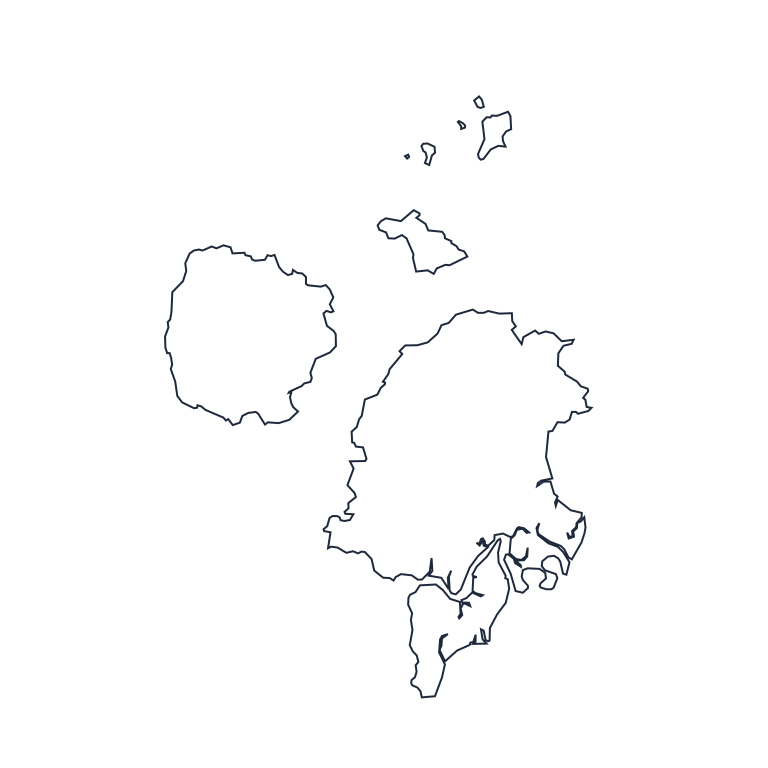 Amapala, Valle, Honduras, rotated 101°
{"feature_id": "27666195B15608241098476", "entity_name": "Amapala", "entity_type": "district", "adm_level": 2, "iso_a3": "HND", "parent_name": "Honduras", "parent_adm1": "Valle", "projection": "mercator", "projection_center": [-87.621, 13.313], "detail": "fine", "context": "isolated", "style": "outline", "palette": "slate", "viewbox_px": 768, "rotation_deg": 101, "n_neighbors": 0, "source": "geoboundaries", "source_scale": "gbopen_adm2", "svg_char_len": 6163}
<svg xmlns="http://www.w3.org/2000/svg" viewBox="0 0 768 768"><g transform="rotate(101 384 384)"><path d="M569.0,358.0L574.3,347.9L573.4,341.4L575.1,337.1L571.3,335.7L567.4,331.1L566.5,320.2L569.6,313.6L568.7,309.4L559.5,303.3L545.8,304.1L558.3,300.9L563.6,303.5L563.3,290.7L573.0,281.4L562.0,284.4L554.4,282.4L560.9,283.5L574.0,280.2L576.5,277.9L576.8,273.4L571.1,269.4L547.9,264.9L534.8,258.8L524.4,250.9L523.6,255.4L518.5,257.0L524.3,259.3L522.2,262.9L522.8,260.0L517.8,259.2L516.7,257.6L519.4,254.9L522.3,254.3L522.8,250.9L516.3,246.0L511.2,246.5L508.1,238.6L510.2,230.5L508.4,228.1L500.5,226.0L498.8,224.5L498.9,219.0L502.0,213.3L502.9,215.6L499.6,220.3L501.7,225.7L507.6,226.9L511.8,230.0L526.2,228.5L530.6,221.1L530.5,215.5L526.0,211.8L517.2,211.7L525.9,210.5L530.2,212.9L532.3,221.3L535.6,215.3L537.3,214.7L534.8,221.1L530.8,223.2L527.5,229.7L528.2,231.8L533.6,232.6L546.0,223.5L562.1,215.3L562.4,207.9L556.8,203.7L554.5,204.3L549.9,210.3L546.6,212.1L540.2,212.2L537.5,207.8L535.8,196.0L538.6,189.7L544.0,187.9L549.8,192.3L552.6,192.7L553.9,191.3L554.5,185.2L553.5,180.5L551.5,178.6L541.5,176.8L537.8,179.0L536.1,190.5L532.7,194.4L527.8,194.8L522.1,190.1L520.2,184.3L521.9,179.7L524.7,177.1L536.0,172.1L536.4,168.6L523.6,167.9L514.7,176.1L510.7,182.2L509.0,192.2L502.9,204.1L496.4,206.8L490.9,205.0L498.1,205.6L501.8,203.8L507.0,191.5L509.2,179.6L511.8,175.6L519.0,169.8L520.3,166.2L501.9,159.9L492.2,158.7L486.4,158.8L476.6,162.0L481.3,164.5L483.5,167.7L488.6,167.2L492.7,170.1L497.7,168.4L500.4,173.2L494.9,175.9L498.5,172.7L497.7,169.8L492.4,171.3L487.9,168.1L483.8,168.4L477.1,164.6L472.8,165.3L472.3,176.7L464.7,191.3L470.9,192.1L467.8,193.5L461.3,192.1L459.3,196.1L448.0,202.0L449.4,208.7L455.0,214.2L451.8,214.0L448.9,211.3L444.6,200.7L424.9,211.0L399.3,213.5L397.9,209.7L388.4,206.4L387.4,199.2L383.5,195.0L375.6,194.2L374.7,190.4L376.2,187.9L371.5,178.3L367.8,175.8L367.9,180.6L360.9,183.4L359.7,185.9L352.3,182.2L349.8,183.1L348.7,190.4L344.8,195.0L340.1,207.9L337.5,209.0L332.9,216.8L320.6,218.7L312.2,215.1L308.8,207.5L304.4,206.3L308.1,217.7L301.9,227.2L301.6,235.4L305.2,241.6L302.7,245.9L311.4,256.1L318.6,256.5L306.5,268.9L302.3,265.6L297.8,270.1L290.1,272.0L292.9,284.2L292.5,295.8L295.0,299.4L296.2,305.2L294.0,311.0L302.2,326.6L311.7,332.1L315.3,338.8L324.2,341.0L334.8,349.0L339.6,358.7L342.1,370.5L348.8,375.0L351.1,371.8L368.4,381.3L373.6,381.7L382.0,385.5L382.4,383.2L384.1,383.1L388.4,386.4L395.7,388.5L402.9,399.8L419.6,399.8L423.5,401.7L431.4,402.5L437.0,406.7L447.4,404.1L447.5,402.1L450.8,399.6L450.2,392.5L460.9,386.9L463.2,387.8L466.4,402.7L472.8,397.7L490.3,400.6L496.6,392.1L500.3,390.0L507.7,396.3L512.8,395.1L517.1,398.3L518.8,397.2L517.7,389.2L524.0,391.5L526.0,396.6L526.0,400.6L523.3,402.2L522.6,404.9L523.5,409.5L526.0,411.9L534.4,412.6L538.0,415.6L539.8,414.8L539.8,408.2L555.9,407.6L553.8,405.0L553.4,398.4L556.9,388.7L554.1,382.5L555.2,377.2L552.8,374.0L552.6,370.7L558.2,362.8L569.0,358.0ZM390.1,605.5L395.1,602.7L394.6,600.3L399.1,597.9L405.6,595.6L409.9,596.2L421.5,589.4L435.2,584.6L440.6,578.6L444.0,565.8L442.9,562.9L440.5,563.0L440.8,559.2L443.5,554.3L447.6,535.3L450.0,532.2L448.2,530.2L453.2,524.6L449.4,518.1L442.4,517.0L438.3,511.7L435.9,504.6L437.1,501.9L446.5,493.1L443.8,490.7L442.5,479.9L437.2,470.1L427.4,463.1L424.0,468.8L420.3,471.5L415.0,473.7L409.5,473.4L410.8,475.8L409.6,475.4L401.7,464.4L398.6,462.4L396.0,456.7L391.9,456.0L387.0,458.4L372.3,455.8L363.3,443.0L356.0,438.4L344.4,440.9L341.6,443.4L337.8,451.1L326.3,456.9L323.2,454.4L323.8,449.9L322.3,447.5L316.1,452.4L308.6,450.3L301.5,455.3L298.0,460.0L300.5,464.7L301.6,477.4L300.7,479.7L293.9,481.0L291.1,485.3L291.5,490.2L289.4,495.2L293.4,495.2L295.4,499.1L293.0,504.7L289.1,509.4L278.2,516.1L280.0,519.3L279.8,522.9L284.8,524.6L287.6,534.0L287.0,537.2L284.1,539.2L284.0,544.5L281.8,546.0L284.7,557.6L279.1,560.8L278.5,568.0L282.8,574.4L281.9,579.4L287.6,587.6L287.3,591.3L289.2,596.0L293.0,599.7L303.4,602.1L310.7,599.7L321.4,600.9L334.2,609.3L353.8,606.4L361.5,606.2L364.5,608.1L369.7,606.4L379.2,608.0L390.1,605.5ZM513.9,240.6L515.9,242.6L533.6,249.9L545.7,258.2L554.1,260.8L555.4,260.2L555.8,256.1L557.2,259.4L570.1,257.6L571.8,254.5L572.4,246.7L574.0,248.4L571.9,257.6L578.4,262.2L581.4,266.7L583.7,265.5L582.5,258.9L585.6,257.0L584.0,263.0L585.2,264.6L589.9,265.9L595.9,263.1L599.7,265.4L598.5,266.4L594.8,265.0L583.5,267.9L582.3,278.1L575.0,286.9L570.9,294.8L574.8,310.3L582.3,313.4L585.9,318.2L589.0,319.2L596.0,318.2L603.8,312.6L610.3,312.6L620.2,309.1L635.4,308.9L641.0,304.7L644.2,300.1L650.3,297.2L654.0,299.3L660.2,297.1L665.8,297.6L669.5,300.5L672.4,300.2L674.4,298.8L675.6,293.3L678.6,289.6L684.4,287.1L680.8,274.4L661.0,271.1L647.6,270.7L637.0,278.7L624.0,280.2L620.3,278.9L617.3,273.6L622.6,278.5L630.0,277.7L634.5,278.7L644.6,271.2L631.6,261.3L623.8,250.1L621.4,249.9L620.2,247.1L612.6,246.2L619.5,245.0L622.1,246.9L619.3,233.9L615.8,238.5L606.3,242.0L607.1,239.1L615.8,235.5L616.8,233.0L615.8,231.4L603.2,233.5L588.5,229.0L575.5,222.7L561.0,222.1L552.0,225.3L551.5,227.9L549.1,227.9L537.3,237.4L527.7,239.9L516.0,239.4L513.9,240.6ZM223.5,355.9L224.8,369.9L218.9,373.8L214.7,383.9L211.5,381.3L209.8,381.6L207.7,388.0L220.9,398.5L221.0,413.8L224.8,418.1L229.5,420.5L233.5,418.1L234.8,410.9L240.1,407.5L239.2,401.2L234.4,394.9L236.7,389.7L250.9,379.9L254.8,379.6L267.5,373.9L264.1,362.8L266.4,356.2L260.4,354.2L255.3,346.5L254.9,342.3L243.0,326.5L238.5,330.6L237.8,336.3L234.8,339.2L232.9,344.7L230.9,345.2L229.3,352.0L226.4,352.8L223.5,355.9ZM102.0,330.3L102.6,334.2L107.7,337.5L124.5,332.1L140.3,335.6L143.7,334.2L145.3,331.9L144.2,329.4L133.3,323.9L128.4,317.2L127.8,310.0L122.6,313.7L118.2,314.8L112.7,312.2L109.6,307.8L97.0,311.0L93.1,314.2L99.2,324.2L99.9,329.3L102.0,330.3ZM143.4,392.6L147.9,389.7L148.7,387.4L153.4,385.1L159.3,386.0L160.4,381.4L150.6,380.6L147.2,378.0L141.5,379.7L139.6,387.2L140.7,391.4L143.4,392.6ZM88.5,349.6L94.2,345.0L94.6,341.9L92.8,338.9L86.3,342.2L83.6,345.5L88.5,349.6ZM112.7,361.5L116.3,357.4L118.9,356.9L116.8,353.4L114.8,353.7L113.0,356.2L111.6,360.7L112.7,361.5ZM156.3,406.8L158.3,404.3L156.3,402.7L154.3,404.0L156.3,406.8Z" fill="none" stroke="#1e293b" stroke-width="2"/></g></svg>